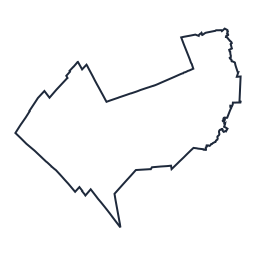 Vinh Thanh, Can Tho, Vietnam
{"feature_id": "81297802B96455619083063", "entity_name": "Vinh Thanh", "entity_type": "district", "adm_level": 2, "iso_a3": "VNM", "parent_name": "Vietnam", "parent_adm1": "Can Tho", "projection": "robinson", "projection_center": [105.44, 10.207], "detail": "fine", "context": "isolated", "style": "outline", "palette": "slate", "viewbox_px": 256, "rotation_deg": 0, "n_neighbors": 0, "source": "geoboundaries", "source_scale": "gbopen_adm2", "svg_char_len": 5253}
<svg xmlns="http://www.w3.org/2000/svg" viewBox="0 0 256 256"><path d="M240.6,101.5L240.0,101.2L239.5,101.1L239.8,94.6L240.2,85.4L240.6,76.5L237.0,76.8L236.8,76.8L238.3,72.3L237.8,72.4L236.1,67.3L235.4,65.0L234.9,62.6L234.7,62.4L234.3,62.2L234.1,62.1L233.0,61.6L232.4,61.4L232.0,61.3L231.8,61.3L231.7,61.3L231.6,61.2L231.6,60.9L231.6,60.7L231.6,60.4L231.6,60.2L231.4,59.8L231.3,59.6L231.2,59.6L230.9,59.5L230.8,59.4L230.7,59.2L230.2,58.7L229.9,58.4L229.9,58.1L229.8,57.9L230.0,57.8L230.3,58.0L230.5,57.9L230.6,57.7L230.5,57.4L230.5,57.1L230.6,56.9L230.8,56.8L230.8,55.4L230.4,54.3L230.2,51.6L229.7,51.5L229.4,50.6L229.2,49.8L231.9,48.5L231.5,47.3L230.9,44.8L230.6,44.1L230.9,43.7L231.0,43.8L231.7,43.2L231.8,43.1L231.7,42.9L231.5,42.3L231.3,42.1L231.1,41.8L230.2,41.0L229.9,40.9L229.7,40.7L229.6,40.4L229.4,40.2L229.2,40.0L229.0,39.7L228.6,39.3L227.9,38.4L227.7,38.1L227.3,37.8L226.9,37.3L226.8,37.2L226.6,37.1L226.4,37.1L226.0,37.0L225.9,37.0L225.9,36.9L226.1,36.6L226.2,36.3L226.3,35.8L226.4,35.7L226.6,35.8L226.9,35.8L227.1,35.6L227.3,35.5L227.8,35.3L228.1,35.1L228.2,34.9L228.1,34.7L227.9,34.3L227.8,33.9L227.3,33.7L227.2,33.6L227.3,33.5L227.3,33.4L227.5,33.3L227.5,33.2L227.3,32.0L227.3,31.9L227.5,31.7L227.8,31.7L227.9,31.4L227.5,31.1L227.4,30.9L227.5,30.5L227.5,30.3L227.5,30.2L227.4,30.1L227.2,30.1L226.9,29.9L226.8,29.7L224.7,28.6L221.9,31.1L221.3,30.2L216.0,30.3L215.4,30.8L207.9,32.3L206.0,32.7L205.9,32.7L204.5,33.4L204.1,33.8L203.5,34.2L203.0,34.4L202.8,34.5L202.7,34.8L202.2,35.0L202.1,34.9L201.9,34.1L201.6,33.0L201.5,32.8L200.9,33.5L200.6,33.7L200.2,33.8L200.0,34.0L199.7,34.2L199.6,34.5L199.4,34.7L199.0,34.9L198.7,35.2L198.6,35.5L198.6,35.8L195.3,34.6L194.9,34.7L190.4,35.6L183.8,36.8L181.2,37.4L183.8,44.3L186.0,49.8L187.8,54.3L189.5,58.6L189.6,58.8L190.9,62.5L191.4,63.5L191.7,63.8L192.6,66.6L193.3,68.7L192.6,69.0L189.7,70.3L188.3,70.8L187.9,70.9L186.6,71.6L185.3,72.2L184.4,72.4L183.9,72.6L183.6,72.7L183.1,73.3L182.4,73.4L180.6,74.1L174.1,77.0L161.2,82.6L157.6,84.2L155.4,85.1L145.9,88.2L140.2,90.1L138.0,91.0L135.5,91.9L131.0,93.4L130.7,93.4L126.1,95.0L119.0,97.4L118.3,97.7L110.1,100.5L106.5,101.8L105.5,100.0L102.4,94.2L101.6,92.8L98.9,87.8L97.0,84.4L94.9,80.5L92.5,75.8L88.2,67.8L87.3,66.0L86.5,64.7L82.1,69.4L80.9,67.2L77.9,61.9L77.6,62.0L75.6,64.4L73.5,66.8L73.3,66.9L69.5,70.9L70.0,71.7L66.3,75.8L67.5,78.0L66.7,78.7L56.4,89.7L49.5,97.7L44.4,91.0L37.9,98.0L35.5,101.7L29.4,110.9L29.7,111.2L25.7,117.5L21.4,123.7L20.9,124.3L20.4,125.2L19.9,125.9L15.4,133.0L20.6,138.0L26.4,143.8L34.5,150.6L46.0,161.5L47.2,162.4L51.3,166.2L51.4,166.5L51.5,166.7L51.9,166.8L54.2,168.8L55.9,170.1L57.1,171.4L60.8,175.4L64.8,179.9L68.2,183.6L75.1,191.8L79.4,187.1L82.3,190.8L82.1,191.2L84.3,193.9L85.4,195.5L90.7,189.3L96.2,196.4L98.0,198.8L101.3,202.7L103.4,205.3L106.9,209.7L110.0,213.7L112.9,217.6L117.0,223.0L119.6,226.4L120.1,227.0L120.4,227.4L119.9,224.0L115.5,199.9L114.5,193.8L122.9,184.4L125.6,181.4L127.5,179.3L130.8,175.7L135.8,170.1L136.0,170.0L138.0,169.9L146.3,169.4L149.6,169.2L150.6,169.2L150.8,169.2L151.9,167.3L152.1,167.3L152.8,167.2L160.8,166.5L167.1,166.1L171.0,165.7L171.6,169.1L174.3,166.5L177.8,163.1L179.4,161.5L183.3,157.8L187.0,154.1L191.1,150.1L193.5,147.9L196.7,148.3L198.0,148.6L201.5,149.0L203.7,149.3L203.7,149.7L205.9,149.9L206.0,149.6L205.9,148.6L205.8,147.4L206.3,147.0L206.6,146.9L206.8,146.7L207.0,146.4L207.0,146.2L206.9,146.1L206.7,145.9L206.6,145.7L206.6,145.4L206.8,145.3L207.0,145.3L207.4,145.5L207.6,145.5L208.3,145.4L208.5,145.5L208.8,145.6L209.0,145.7L209.2,145.9L209.3,145.9L209.5,145.9L210.0,145.6L210.4,145.2L210.8,144.6L211.1,144.1L211.3,144.0L211.7,144.0L211.9,144.0L212.2,143.8L212.6,143.3L212.7,143.2L213.7,142.7L214.7,142.1L215.0,142.0L215.4,142.0L215.7,141.6L215.8,141.0L215.9,140.8L216.0,140.6L216.6,140.0L217.1,139.8L217.3,139.7L217.4,139.4L217.6,138.9L217.7,138.6L217.7,138.3L217.6,138.0L217.4,137.3L217.4,137.0L217.4,136.7L217.5,136.5L217.6,136.4L217.7,136.2L218.5,135.6L218.7,135.4L219.1,134.9L219.3,134.5L219.4,134.1L219.3,133.8L219.3,133.6L219.2,133.1L219.1,132.5L219.0,132.1L219.0,131.7L219.1,131.2L219.2,130.9L219.3,130.6L219.6,130.2L219.9,129.9L220.1,129.8L220.6,129.8L220.8,129.7L221.0,129.5L221.4,129.1L221.6,129.2L221.9,129.2L222.2,129.0L222.3,129.0L222.5,129.3L222.7,129.6L222.7,129.8L222.6,130.6L222.7,130.8L223.0,131.1L223.3,131.5L223.6,131.7L223.7,131.8L223.8,131.9L224.2,131.7L225.5,130.9L226.0,131.3L227.5,128.7L225.9,127.7L225.1,127.2L224.1,126.8L225.0,124.3L225.1,123.7L225.0,123.8L224.7,123.9L224.4,123.9L224.2,123.7L224.3,122.6L224.3,122.3L224.2,121.9L224.1,121.6L223.9,121.4L223.7,121.3L223.3,121.4L223.0,121.3L222.9,121.2L222.7,120.8L222.8,120.6L223.0,120.5L223.1,120.4L223.3,120.4L223.7,120.6L224.0,120.7L224.6,120.3L224.8,120.0L224.9,119.7L224.7,119.4L224.5,119.2L224.2,119.3L223.8,119.3L223.5,119.3L223.4,119.3L223.4,119.1L223.4,118.8L223.6,118.3L223.8,117.9L224.1,117.7L224.4,117.6L224.7,117.6L225.6,117.7L226.1,117.9L226.4,117.8L226.6,117.7L227.1,117.8L227.2,117.7L230.0,110.5L230.6,109.1L231.1,108.3L231.2,108.1L231.2,107.9L230.6,107.5L230.5,107.3L230.4,107.2L230.3,106.9L230.3,106.4L230.3,105.7L230.6,105.7L230.8,105.7L231.8,106.1L232.0,106.2L232.7,104.6L232.9,102.6L233.8,102.6L240.4,102.5L240.6,101.5Z" fill="none" stroke="#1e293b" stroke-width="2"/></svg>